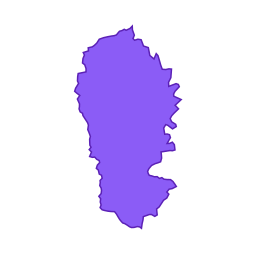 outline of Progresso, Rio Grande do Sul, Brazil, rotated 53°
{"feature_id": "56859067B90503543508999", "entity_name": "Progresso", "entity_type": "district", "adm_level": 2, "iso_a3": "BRA", "parent_name": "Brazil", "parent_adm1": "Rio Grande do Sul", "projection": "albers", "projection_center": [-52.306, -29.227], "detail": "fine", "context": "isolated", "style": "filled", "palette": "violet", "viewbox_px": 256, "rotation_deg": 53, "n_neighbors": 0, "source": "geoboundaries", "source_scale": "gbopen_adm2", "svg_char_len": 2289}
<svg xmlns="http://www.w3.org/2000/svg" viewBox="0 0 256 256"><g transform="rotate(53 128 128)"><path d="M40.8,118.3L43.5,118.9L45.4,122.1L48.7,125.2L51.5,124.5L55.4,125.8L57.9,127.8L54.5,135.0L56.7,137.3L60.1,140.1L62.6,140.6L64.7,145.9L66.6,148.5L69.5,147.9L73.0,146.9L74.4,151.0L79.5,152.2L81.8,154.0L83.3,155.6L86.3,156.5L88.9,155.5L91.0,156.5L99.5,157.1L101.9,157.9L105.1,161.1L107.9,161.8L112.1,163.1L113.9,165.4L116.3,167.1L118.8,168.8L121.1,169.1L121.9,172.0L125.2,171.6L127.7,175.8L130.0,174.1L131.2,172.1L134.2,171.8L136.7,170.6L138.6,171.5L139.2,174.8L141.2,177.6L143.7,177.0L147.5,178.7L149.8,177.6L152.6,178.9L153.1,181.9L155.0,183.1L157.0,185.2L159.8,185.6L161.9,186.7L164.2,188.9L165.0,192.4L168.0,192.4L170.4,194.7L173.3,195.8L174.8,198.2L177.7,197.9L179.7,196.4L182.3,194.1L184.5,191.8L186.7,189.1L189.8,189.0L193.0,189.4L196.0,189.7L198.4,189.6L200.6,189.4L202.5,188.1L205.3,187.0L207.8,186.2L209.6,185.1L211.1,182.9L212.3,179.9L214.0,178.2L216.2,177.6L212.8,174.2L210.4,171.3L208.0,169.1L209.1,165.7L209.9,163.1L211.2,161.3L214.7,159.8L215.0,157.0L212.5,155.5L209.9,153.9L209.8,150.6L207.1,143.1L207.3,139.2L205.4,135.2L202.5,135.5L201.6,132.0L203.0,129.2L203.8,124.6L201.4,124.4L197.7,124.3L194.8,125.1L192.7,127.8L190.5,130.1L188.0,130.8L187.2,133.2L184.4,134.0L182.8,136.3L180.6,137.8L178.6,139.5L176.4,139.2L174.4,138.4L173.0,135.7L172.1,131.7L172.8,127.8L173.8,125.1L174.6,122.3L172.3,119.3L169.7,117.6L167.0,116.0L168.2,113.8L170.0,110.4L171.3,108.0L172.9,106.2L173.8,103.7L169.2,101.0L166.0,101.1L165.3,104.1L163.9,106.1L161.2,99.9L158.3,98.9L156.4,100.3L155.1,102.4L149.5,99.5L148.0,95.8L149.8,94.6L155.5,93.0L155.9,88.6L153.8,87.7L149.3,89.4L145.9,88.7L144.5,85.7L143.9,82.5L143.1,76.1L138.2,76.7L137.3,68.4L130.2,72.3L128.3,71.1L127.0,68.4L125.9,62.2L123.5,61.6L121.5,62.9L119.3,70.4L115.9,68.1L113.6,63.5L107.1,57.8L105.4,59.7L104.0,62.7L101.7,65.3L97.4,64.0L92.5,62.1L88.2,60.5L85.6,60.7L88.5,65.7L83.2,66.9L76.0,63.4L71.8,66.3L69.6,65.6L65.4,64.4L63.0,66.7L61.9,69.9L59.6,70.2L57.7,67.1L52.3,65.4L49.2,63.3L49.7,66.5L48.8,70.7L46.9,71.6L46.6,74.1L45.6,76.6L46.1,78.9L46.7,81.2L45.9,83.6L44.7,85.7L43.0,89.1L41.2,93.1L39.8,97.5L41.4,101.8L41.8,105.3L41.7,107.7L40.0,111.5L42.6,113.2L40.8,118.3Z" fill="#8b5cf6" stroke="#5b21b6" stroke-width="1.5"/></g></svg>